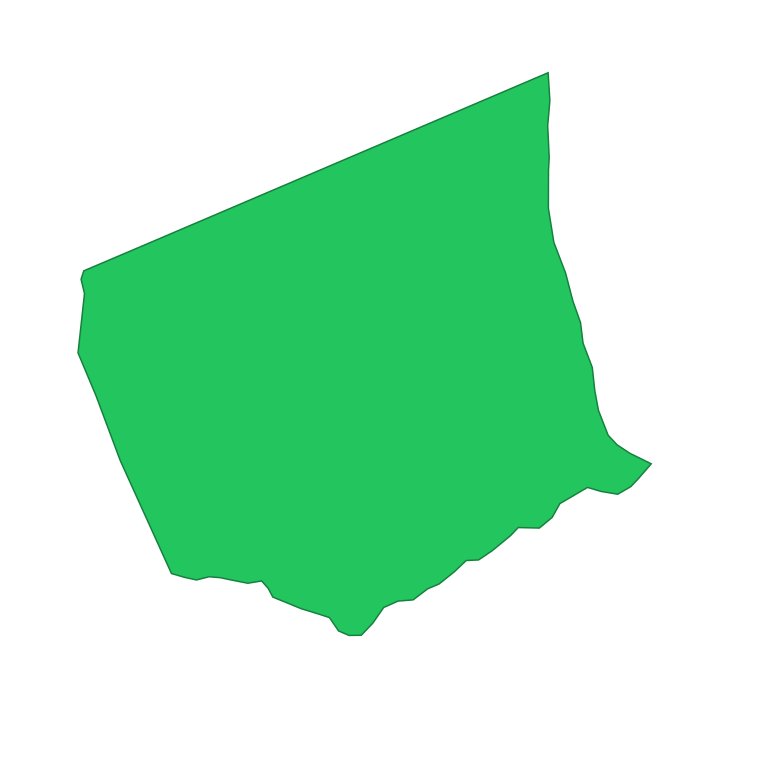 Santo Antônio do Caiuá, Paraná, Brazil (Mercator projection), rotated 67°
{"feature_id": "56859067B63646792478521", "entity_name": "Santo Antônio do Caiuá", "entity_type": "district", "adm_level": 2, "iso_a3": "BRA", "parent_name": "Brazil", "parent_adm1": "Paraná", "projection": "mercator", "projection_center": [-52.325, -22.693], "detail": "fine", "context": "isolated", "style": "filled", "palette": "green", "viewbox_px": 768, "rotation_deg": 67, "n_neighbors": 0, "source": "geoboundaries", "source_scale": "gbopen_adm2", "svg_char_len": 950}
<svg xmlns="http://www.w3.org/2000/svg" viewBox="0 0 768 768"><g transform="rotate(67 384 384)"><path d="M161.6,111.3L161.6,125.2L162.5,572.2L162.5,616.1L169.2,621.9L183.8,624.4L235.8,653.5L282.5,653.7L351.5,656.7L475.4,653.7L484.0,643.2L491.1,633.2L493.1,620.3L498.3,610.4L504.1,602.1L514.2,587.2L517.5,573.6L527.0,570.4L536.7,569.6L558.7,547.8L570.1,534.2L577.7,525.5L593.6,522.3L601.8,514.4L606.4,503.1L599.7,487.6L589.6,471.6L589.3,456.0L594.1,441.5L589.6,423.9L589.6,411.4L584.4,392.8L578.6,377.3L582.9,365.7L579.8,349.8L573.1,327.0L568.6,316.5L577.3,297.3L572.5,281.3L562.8,268.8L560.6,251.6L558.7,237.1L567.7,226.2L576.8,211.9L574.9,196.9L570.6,187.0L561.9,169.2L543.8,184.8L530.9,193.3L518.8,197.7L492.2,196.9L473.0,192.7L450.1,185.8L424.2,184.8L404.2,179.1L381.3,177.7L353.0,173.5L320.0,172.3L286.4,164.0L251.6,149.1L240.0,143.4L218.6,135.5L210.4,132.5L188.0,120.6L161.6,111.3Z" fill="#22c55e" stroke="#15803d" stroke-width="1.5"/></g></svg>